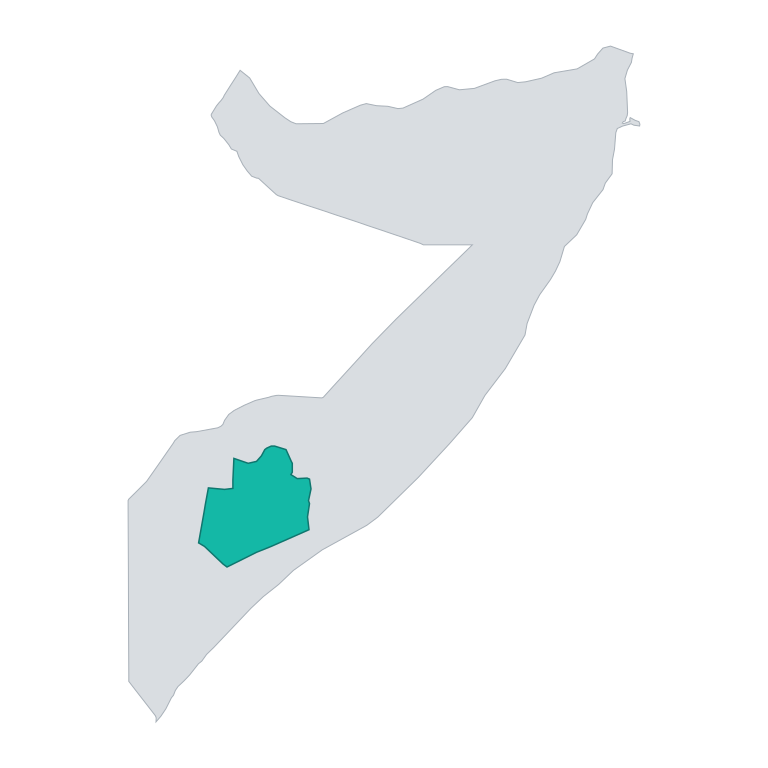 Somalia, with Bay highlighted
{"feature_id": "SOM-2313", "entity_name": "Bay", "entity_type": "Region", "adm_level": 1, "iso_a3": "SOM", "parent_name": "Somalia", "parent_adm1": "", "projection": "mercator", "projection_center": [43.708, 2.69], "detail": "fine", "context": "in_parent", "style": "filled", "palette": "teal", "viewbox_px": 768, "rotation_deg": 0, "n_neighbors": 0, "source": "natural_earth", "source_scale": "10m", "svg_char_len": 2921}
<svg xmlns="http://www.w3.org/2000/svg" viewBox="0 0 768 768"><path d="M156.2,717.9L155.5,715.9L150.8,709.8L142.1,698.6L135.5,690.1L128.8,681.4L128.8,674.5L128.7,653.8L128.5,612.4L128.4,571.0L128.2,529.6L128.1,508.9L128.1,500.5L128.8,499.1L136.5,491.5L146.6,481.4L160.0,462.3L167.2,451.9L173.2,443.3L174.8,440.6L180.1,435.4L190.2,432.2L196.4,431.7L217.8,427.8L221.0,426.2L222.9,424.4L224.6,420.3L228.8,414.4L234.2,410.4L244.4,405.2L254.5,400.8L256.7,400.1L268.7,397.3L271.7,396.3L276.6,395.4L278.5,395.3L295.3,396.3L308.4,397.1L321.9,397.9L323.3,397.3L332.7,386.9L347.7,370.5L357.3,360.0L372.1,343.7L383.5,332.0L396.1,319.1L408.3,307.2L423.0,292.9L432.2,283.9L446.6,269.9L460.3,256.6L472.4,244.8L455.7,244.8L439.4,244.8L423.3,244.8L420.4,243.4L406.9,238.8L389.8,233.0L368.6,225.9L353.5,220.7L337.3,215.4L321.0,209.9L308.1,205.7L292.1,200.4L278.2,195.7L276.3,194.6L268.6,187.6L258.5,178.3L256.6,178.1L251.7,176.2L247.4,171.2L242.9,164.8L238.8,156.7L236.9,151.3L231.4,149.0L228.8,144.7L223.7,138.3L220.3,135.2L219.0,132.4L217.4,126.8L214.5,120.8L211.8,117.0L211.2,115.3L211.3,114.3L216.4,106.0L218.7,103.1L221.3,100.2L223.4,97.3L224.2,95.4L230.4,85.6L235.9,77.1L240.1,70.3L249.7,78.0L259.0,93.6L269.9,106.1L284.9,117.8L290.8,121.7L296.1,123.8L323.4,123.5L342.8,112.9L360.4,105.2L366.3,103.6L376.5,105.7L387.8,106.3L397.9,108.6L403.0,108.1L423.1,99.1L435.7,90.4L444.3,86.7L447.6,86.6L459.4,89.8L474.4,88.4L495.0,80.8L501.6,79.3L506.6,79.2L517.8,82.6L519.5,82.4L525.6,81.8L541.6,78.2L554.1,72.8L577.1,68.9L594.5,58.9L597.6,54.1L602.9,48.1L610.5,46.1L630.1,53.2L633.3,53.8L632.1,58.1L631.4,62.4L627.4,70.1L624.9,78.6L626.7,91.5L627.6,112.5L627.2,115.6L625.9,118.6L625.3,120.9L623.2,121.7L622.3,123.1L623.8,123.6L630.0,121.4L629.8,118.9L630.2,117.6L635.3,120.4L638.9,121.6L639.9,124.2L639.6,126.0L633.9,125.2L631.0,123.8L622.5,126.1L617.3,128.5L615.8,132.7L614.5,149.1L612.5,159.7L612.1,173.8L605.3,183.1L603.0,189.6L592.7,202.7L587.4,214.0L585.7,219.4L576.7,234.8L564.4,246.5L559.9,261.6L555.5,271.0L550.5,279.5L539.7,294.7L534.1,305.2L527.1,323.5L525.0,335.0L505.3,368.6L485.0,395.3L472.3,417.7L449.5,443.7L418.4,477.3L377.8,517.1L366.8,525.3L322.3,549.8L293.4,570.4L278.7,584.4L263.3,596.6L251.0,608.2L213.9,647.3L210.1,651.0L206.5,654.5L201.8,661.1L198.5,663.7L189.7,674.9L184.2,680.7L178.0,686.5L175.3,690.5L173.5,695.2L171.4,697.8L165.8,708.9L160.9,716.2L156.0,721.9L156.2,717.9Z" fill="#d9dde1" stroke="#a8b0b8" stroke-width="1"/><path d="M274.7,446.1L286.0,449.6L291.3,461.4L292.3,463.3L292.3,472.2L290.9,474.6L297.2,478.6L307.1,478.1L309.5,479.1L311.0,488.9L308.5,500.7L309.5,503.6L307.5,516.9L309.0,529.7L271.2,546.4L256.5,552.3L243.7,558.7L227.0,567.0L223.1,564.1L204.5,546.4L198.6,542.9L204.0,512.5L205.4,504.1L208.4,487.9L224.6,489.4L232.9,488.4L232.9,480.0L233.9,458.4L248.2,463.3L256.5,461.4L261.4,455.9L264.8,449.6L266.8,448.1L271.2,446.1L274.7,446.1Z" fill="#14b8a6" stroke="#0f766e" stroke-width="1.5"/></svg>